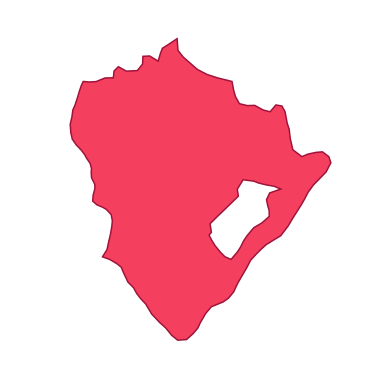 Trikomo, Cyprus, rotated 10°
{"feature_id": "46923920B71155103656071", "entity_name": "Trikomo", "entity_type": "district", "adm_level": 2, "iso_a3": "CYP", "parent_name": "Cyprus", "parent_adm1": "", "projection": "natural_earth1", "projection_center": [33.897, 35.288], "detail": "fine", "context": "isolated", "style": "filled", "palette": "rose", "viewbox_px": 384, "rotation_deg": 10, "n_neighbors": 0, "source": "geoboundaries", "source_scale": "gbopen_adm2", "svg_char_len": 1887}
<svg xmlns="http://www.w3.org/2000/svg" viewBox="0 0 384 384"><g transform="rotate(10 192 192)"><path d="M150.7,43.6L142.5,51.4L137.9,55.6L136.9,60.7L135.9,69.0L126.7,65.4L120.1,66.9L121.1,74.6L117.1,81.9L106.4,84.4L97.7,81.4L94.2,86.5L94.7,93.2L86.5,94.8L78.4,99.9L71.8,101.5L65.7,102.0L64.6,105.9L63.6,111.9L63.0,117.5L61.7,126.7L60.4,132.0L60.7,139.0L60.3,146.5L62.3,154.5L64.9,160.7L69.8,165.7L75.3,169.7L79.6,173.6L82.5,177.2L86.7,181.5L89.0,186.5L89.3,190.1L90.6,195.4L94.9,201.3L95.8,205.3L95.2,212.2L95.8,218.2L100.7,221.2L106.6,222.5L110.8,224.1L116.4,228.4L118.6,234.4L119.0,240.0L119.0,248.2L118.6,255.5L118.3,263.4L115.1,271.4L122.6,272.7L130.8,275.8L135.4,278.4L138.4,283.1L144.5,291.8L151.1,296.5L155.2,301.6L159.8,305.8L165.9,310.4L173.5,319.2L183.2,326.4L189.8,330.5L196.9,336.7L203.6,340.4L212.2,338.3L217.8,331.1L221.4,324.9L222.9,319.2L226.5,309.4L231.0,301.6L241.7,294.9L246.3,290.3L250.4,283.1L252.9,273.8L256.5,264.0L259.0,257.3L261.6,249.0L266.2,241.8L270.2,236.1L274.3,230.9L279.4,226.3L287.0,219.6L292.6,208.8L295.7,200.5L298.7,193.3L302.3,184.5L304.3,178.8L306.4,172.1L310.4,163.9L315.0,157.2L320.6,148.9L323.7,139.1L320.6,133.4L313.5,129.8L307.4,131.4L299.7,134.5L294.1,138.1L284.0,132.9L279.4,122.1L276.8,113.3L273.8,107.7L269.7,96.8L265.6,91.7L259.5,91.7L255.0,99.4L247.8,98.9L238.7,95.8L231.5,97.3L223.4,96.8L218.3,90.6L215.3,84.4L212.2,76.2L197.4,75.2L186.2,73.6L175.9,70.3L160.0,60.7L153.6,55.0L150.7,43.6ZM250.9,170.6L256.0,171.6L263.6,172.1L271.8,172.1L278.9,173.7L268.7,179.4L266.7,186.6L268.7,191.7L271.2,196.9L272.3,202.6L266.2,210.3L259.0,216.5L253.9,225.3L251.4,230.9L249.4,237.7L247.3,242.8L242.2,251.6L235.6,250.0L230.5,246.4L223.9,240.7L219.8,236.1L216.3,231.5L218.1,228.3L215.3,220.1L221.9,210.8L225.0,206.6L228.4,201.9L232.9,195.7L238.4,188.0L236.1,181.4L240.2,171.1L250.9,170.6Z" fill="#f43f5e" stroke="#9f1239" stroke-width="1.5"/></g></svg>